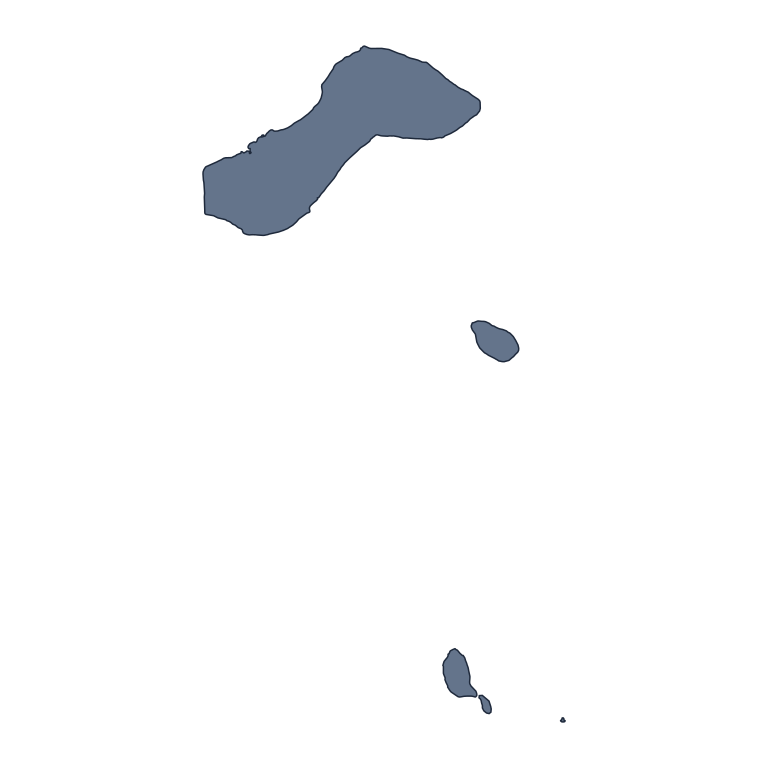 outline of Makimae, Shefa, Vanuatu
{"feature_id": "77236927B14255204108964", "entity_name": "Makimae", "entity_type": "district", "adm_level": 2, "iso_a3": "VUT", "parent_name": "Vanuatu", "parent_adm1": "Shefa", "projection": "orthographic", "projection_center": [168.399, -17.15], "detail": "fine", "context": "isolated", "style": "filled", "palette": "slate", "viewbox_px": 768, "rotation_deg": 0, "n_neighbors": 0, "source": "geoboundaries", "source_scale": "gbopen_adm2", "svg_char_len": 5360}
<svg xmlns="http://www.w3.org/2000/svg" viewBox="0 0 768 768"><path d="M444.5,136.3L444.9,135.9L450.6,133.5L455.2,130.9L456.8,129.9L459.8,127.5L462.5,126.0L465.4,123.2L467.2,122.1L470.2,118.9L474.4,115.9L476.6,114.8L479.1,111.6L479.6,111.0L480.3,108.3L480.1,102.2L479.6,100.7L478.2,99.3L472.3,95.5L470.4,94.0L468.3,92.2L466.3,91.3L465.4,90.8L464.7,90.6L463.5,89.8L461.2,89.0L458.1,87.3L455.0,84.8L454.0,84.4L451.4,82.4L449.7,81.4L447.9,79.7L445.8,78.5L442.4,75.1L437.9,71.1L435.5,69.7L433.1,68.0L427.4,63.0L426.2,62.3L424.5,62.3L422.3,62.1L421.0,61.5L417.9,60.1L414.3,59.1L410.9,58.3L409.5,57.9L406.9,56.8L404.5,55.2L398.0,53.2L388.9,49.5L384.3,48.8L381.7,48.4L370.9,48.5L369.1,48.1L365.1,46.3L364.3,46.1L363.2,46.4L361.8,47.9L360.9,48.1L360.6,48.5L360.5,49.7L359.2,51.1L357.5,51.8L355.4,52.3L352.8,53.5L351.6,54.4L350.2,55.7L348.7,56.5L346.6,56.8L344.9,57.6L342.2,60.3L336.1,63.9L334.9,65.2L334.0,66.6L333.1,69.0L330.0,73.5L328.1,76.7L325.3,80.6L321.9,84.6L321.6,86.8L321.7,87.4L322.3,91.0L322.4,92.1L322.1,94.0L321.1,98.1L319.9,100.6L318.7,102.8L317.5,104.2L314.6,106.6L313.6,107.8L312.8,109.5L308.1,114.0L307.1,114.7L300.6,119.7L299.5,120.3L299.2,120.4L294.4,123.1L291.1,125.8L287.6,127.9L284.3,129.2L283.0,129.6L281.0,129.9L277.6,131.0L274.8,131.2L273.6,130.8L272.6,130.0L271.7,129.9L270.8,130.0L269.1,131.2L267.8,132.6L266.8,133.4L265.2,136.0L263.2,136.6L263.9,135.8L263.7,135.1L262.9,135.0L262.0,135.3L261.2,136.6L258.7,137.7L258.4,138.0L257.5,139.2L257.1,140.7L256.3,141.9L255.2,142.4L254.6,142.0L253.6,142.0L251.4,143.0L251.0,143.1L249.8,143.8L248.6,145.4L248.1,146.5L248.1,147.6L248.7,148.5L249.0,148.7L250.1,148.6L250.2,148.8L250.1,151.1L250.7,152.2L251.0,152.4L251.0,152.8L250.4,153.4L249.6,153.5L249.5,153.4L249.3,151.7L248.8,151.2L246.9,151.0L246.4,151.6L244.2,152.8L243.5,152.8L242.2,151.8L241.3,151.7L241.1,151.9L240.9,153.1L240.7,153.4L239.7,153.6L236.5,154.9L235.6,155.8L233.7,156.5L231.7,157.6L225.4,157.8L223.6,158.3L221.2,159.8L218.2,161.2L216.9,161.9L209.0,165.4L208.2,165.8L207.1,166.2L205.9,166.8L205.3,167.4L203.9,169.7L203.1,171.9L203.0,174.0L203.4,180.1L203.9,182.5L204.6,193.4L204.3,197.0L204.8,211.6L204.7,211.9L205.0,213.6L206.0,214.4L213.6,215.7L217.9,217.9L225.7,219.7L226.7,220.6L229.1,221.4L230.7,222.3L232.7,224.1L235.3,225.2L238.2,227.6L241.1,228.8L241.5,229.2L242.3,229.9L242.7,231.6L243.4,232.9L244.7,233.7L246.9,234.5L249.2,234.9L252.3,234.7L255.8,234.8L257.5,235.0L263.2,235.4L264.3,235.3L267.8,234.6L269.4,234.0L278.5,232.0L282.3,230.7L282.6,230.5L283.0,230.5L287.8,228.4L288.4,227.9L292.8,225.2L296.5,221.8L298.8,219.0L300.0,218.1L306.8,213.2L309.1,212.4L309.7,211.9L309.9,211.1L309.5,209.3L309.4,208.0L310.0,206.3L311.4,204.8L313.7,202.7L316.6,200.4L317.6,199.0L317.4,197.9L317.6,197.8L318.4,197.7L319.0,197.2L321.2,193.9L324.0,190.9L326.7,187.1L331.4,181.5L334.0,178.4L336.0,175.4L337.6,172.4L340.0,169.4L341.1,167.4L343.5,164.6L344.7,162.8L349.9,157.7L356.8,151.5L360.6,147.7L364.9,145.0L369.1,141.7L369.6,141.3L370.8,139.1L371.9,138.3L373.4,136.9L373.9,136.7L375.6,135.2L377.0,134.8L377.4,134.8L379.6,135.4L381.1,135.8L383.3,136.0L387.6,136.2L389.6,135.9L392.4,136.0L393.5,135.9L398.6,136.8L403.0,138.1L406.9,138.0L415.7,138.7L420.7,138.8L424.1,139.2L427.7,139.5L429.2,139.2L431.0,139.4L431.9,139.2L432.7,139.2L437.1,138.0L439.7,137.6L440.7,137.6L441.6,137.8L443.0,137.4L444.4,136.5L444.5,136.3ZM511.0,358.6L512.0,357.7L513.5,356.6L515.5,354.3L517.6,352.3L518.1,351.4L518.6,350.3L518.7,349.1L518.7,348.1L518.0,345.0L515.7,340.5L513.3,336.6L511.1,334.3L509.7,333.0L508.1,332.3L506.4,330.9L502.7,329.5L500.3,329.0L498.9,328.6L497.7,328.1L495.6,327.1L494.2,326.2L492.0,325.6L489.3,323.4L485.6,321.7L484.0,321.4L481.4,321.3L479.6,321.1L478.4,321.0L477.4,321.1L473.6,322.7L473.0,322.7L472.5,322.9L472.2,323.1L471.2,325.9L471.4,327.5L472.4,330.0L475.1,333.7L475.4,334.3L475.7,335.8L476.8,342.0L477.8,344.2L479.7,347.9L482.6,350.9L484.5,352.8L486.4,353.8L488.5,355.3L494.5,358.3L496.3,359.4L497.2,359.8L498.7,360.9L502.1,361.6L504.1,361.7L508.6,360.5L509.2,360.2L510.4,359.1L511.0,358.6ZM448.1,687.8L449.7,690.3L450.7,691.6L451.4,692.2L457.9,696.6L459.2,697.0L459.8,697.0L461.8,696.7L464.0,696.3L467.1,696.1L471.2,696.1L473.1,696.4L475.2,697.0L475.7,696.8L476.6,695.8L476.8,695.3L476.8,694.1L476.5,692.9L475.9,691.2L471.0,686.0L469.9,684.0L469.7,683.4L469.6,682.0L469.9,677.9L469.9,676.3L468.7,670.8L468.2,668.0L467.5,665.9L467.1,664.9L466.6,663.1L466.0,661.7L465.4,660.2L465.3,659.6L464.7,657.8L463.2,655.5L462.4,655.5L459.7,653.1L459.6,652.9L457.4,650.2L456.0,649.6L455.2,648.8L454.9,648.7L453.1,649.4L452.1,649.9L450.5,650.8L450.0,651.3L449.0,653.8L448.5,653.9L448.1,654.2L448.0,654.8L448.1,655.7L447.6,656.9L446.8,658.1L446.3,658.6L444.1,661.4L443.6,662.9L442.9,665.4L443.4,666.4L443.4,673.2L443.7,674.3L445.2,678.0L445.1,678.4L445.0,679.3L445.0,679.8L445.6,681.3L446.1,682.6L447.7,685.8L447.7,687.2L448.1,687.8ZM490.9,712.2L491.2,709.0L490.7,706.4L489.6,703.0L489.0,701.1L486.8,699.2L485.0,697.7L482.3,695.4L479.3,695.6L479.0,697.8L480.2,698.8L481.1,700.4L481.6,703.0L482.4,705.5L482.4,708.0L483.9,710.9L486.5,713.0L489.1,713.6L490.9,712.2ZM561.9,718.9L561.6,719.9L560.7,720.4L560.6,720.8L560.9,721.2L561.7,721.8L562.1,721.9L563.8,721.9L564.5,721.7L564.8,721.5L565.0,721.1L565.0,720.6L564.4,720.4L564.0,720.0L563.9,718.9L563.4,718.0L562.3,717.9L561.9,718.9Z" fill="#64748b" stroke="#1e293b" stroke-width="1.5"/></svg>